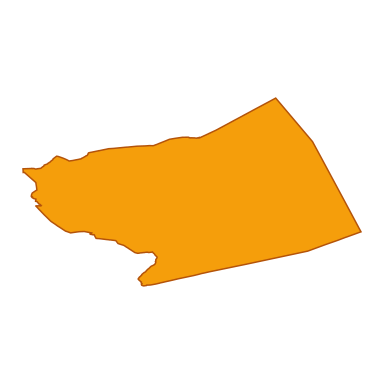 the district of Øyer nor, Oppland, Norway
{"feature_id": "86288312B79344664474428", "entity_name": "Øyer nor", "entity_type": "district", "adm_level": 2, "iso_a3": "NOR", "parent_name": "Norway", "parent_adm1": "Oppland", "projection": "natural_earth1", "projection_center": [10.395, 61.327], "detail": "fine", "context": "isolated", "style": "filled", "palette": "amber", "viewbox_px": 384, "rotation_deg": 0, "n_neighbors": 0, "source": "geoboundaries", "source_scale": "gbopen_adm2", "svg_char_len": 5190}
<svg xmlns="http://www.w3.org/2000/svg" viewBox="0 0 384 384"><path d="M118.0,243.5L119.7,244.1L123.6,245.3L124.5,245.8L125.4,246.4L126.1,246.9L128.1,248.1L128.9,248.7L130.8,249.9L132.3,250.9L132.5,251.0L133.2,251.5L134.9,252.6L137.6,253.3L138.9,253.2L140.3,252.9L141.7,252.8L142.1,252.7L142.7,252.7L143.1,252.6L143.4,252.6L143.8,252.5L144.0,252.6L145.7,252.3L146.4,252.2L146.6,252.3L146.9,252.3L147.4,252.3L147.5,252.3L147.6,252.2L147.8,252.2L148.1,252.3L148.5,252.5L148.9,252.5L149.2,252.5L150.2,252.3L151.1,252.3L151.3,252.2L151.5,252.2L152.5,252.0L153.2,252.9L154.4,253.9L154.7,254.4L155.1,255.1L155.9,255.9L156.3,256.2L156.7,256.7L157.1,257.1L157.1,257.5L156.8,258.2L156.4,258.7L155.8,259.7L155.8,260.9L155.4,261.5L155.5,261.8L155.8,262.1L155.7,262.5L155.5,263.1L155.4,263.3L155.2,263.5L155.0,263.9L155.0,264.1L154.8,264.3L154.5,264.6L153.9,264.9L153.5,265.1L153.1,265.4L151.9,265.9L151.1,266.3L150.7,266.7L150.2,267.1L150.0,267.3L149.9,267.5L149.3,268.0L149.1,268.2L149.0,268.4L148.8,268.6L148.2,268.9L147.8,269.3L147.4,269.6L147.2,269.8L146.9,270.2L146.7,270.4L146.3,270.8L146.0,271.1L145.9,271.4L145.8,271.6L145.5,271.8L145.3,272.0L145.0,272.1L144.4,272.4L144.3,272.5L144.0,272.6L143.8,272.9L143.3,273.2L143.0,273.5L142.0,274.3L141.8,274.6L141.6,274.8L141.6,275.0L141.6,275.3L141.2,275.6L140.6,276.0L140.4,276.4L140.1,276.6L139.5,277.0L139.4,277.1L139.4,277.3L139.4,277.5L139.1,277.8L138.8,277.9L138.7,278.0L138.4,278.5L138.2,278.8L138.2,279.2L138.3,279.3L138.8,279.7L138.9,280.0L139.2,280.3L139.4,280.4L139.6,280.6L140.3,281.2L140.6,281.6L140.9,281.7L141.2,281.9L141.3,282.0L141.2,282.2L141.3,282.4L141.2,282.7L141.3,282.9L141.4,283.2L141.7,283.4L142.0,283.6L141.9,283.8L141.6,284.0L141.4,284.1L141.4,284.4L141.7,285.2L142.6,285.6L143.2,285.8L143.7,285.8L143.8,285.9L146.5,285.5L146.8,285.1L148.2,285.1L150.3,285.0L151.0,284.9L155.9,284.0L159.4,283.2L160.3,282.9L160.8,282.8L162.7,282.4L165.6,281.7L170.2,280.7L178.2,278.8L193.9,275.5L198.4,274.4L201.7,273.5L204.2,273.0L209.4,271.8L246.3,264.2L307.8,251.1L324.9,244.8L337.8,240.3L345.4,237.4L347.5,236.7L361.0,231.8L358.7,227.6L357.7,225.7L344.6,201.2L327.6,169.6L321.0,157.3L312.5,141.6L293.9,119.6L275.7,98.1L255.9,108.7L215.8,130.3L212.1,132.0L199.7,137.8L199.5,137.7L199.4,137.6L199.2,137.4L199.1,137.5L198.9,137.8L198.8,138.0L198.7,138.0L198.7,137.9L198.3,137.8L198.1,137.8L197.8,137.9L197.6,138.0L197.4,137.9L197.1,138.0L196.8,138.1L196.7,138.2L196.3,138.1L196.2,138.1L195.9,138.1L195.7,138.1L195.4,138.0L195.2,138.0L194.8,138.0L194.6,137.9L194.4,137.9L193.9,137.9L193.3,137.9L192.9,137.9L192.6,137.9L192.2,137.8L191.9,137.8L191.6,137.8L191.4,137.9L191.1,137.8L190.9,137.8L190.6,137.9L190.0,137.9L189.9,137.9L189.8,137.7L189.7,137.6L189.2,137.6L188.9,137.6L188.7,137.4L188.4,137.2L182.3,137.3L174.7,138.4L169.4,139.3L165.3,141.0L156.0,144.7L155.1,145.0L153.7,145.6L152.5,145.7L149.4,145.6L145.7,145.9L137.0,146.2L133.9,146.5L127.6,147.1L125.8,147.2L113.6,148.4L110.4,148.6L108.6,148.7L105.9,149.3L104.8,149.5L99.6,150.6L99.3,150.7L98.9,150.7L98.7,150.7L98.6,150.8L97.4,151.0L91.6,152.2L91.1,152.3L90.9,152.3L88.7,152.8L88.1,153.4L88.1,153.9L87.8,154.5L87.7,154.6L87.3,155.3L87.2,155.4L86.9,155.6L86.2,155.7L85.9,156.0L85.4,156.3L85.0,156.6L84.4,156.9L82.5,158.0L81.6,158.3L81.3,158.7L80.9,158.8L80.4,159.0L79.9,159.1L79.5,159.1L78.9,159.3L75.7,159.9L72.8,160.5L69.1,161.0L67.5,160.1L65.8,159.3L63.2,158.2L60.4,157.2L58.0,156.4L56.6,156.2L53.7,158.4L53.4,158.6L53.3,158.8L53.1,158.9L53.1,159.0L52.9,159.6L52.6,159.8L52.3,160.1L52.1,160.3L51.9,160.4L51.6,160.6L51.4,160.7L51.0,161.1L50.8,161.3L50.6,161.5L50.4,161.8L50.1,162.0L49.5,162.3L49.3,162.4L48.9,162.8L48.2,163.1L47.5,163.9L44.2,165.1L44.0,165.4L44.0,165.6L43.7,166.2L43.5,166.4L42.9,166.6L42.0,167.3L41.5,167.7L41.4,167.8L41.2,168.0L40.8,168.3L37.8,168.7L37.5,168.7L36.8,168.9L35.6,169.1L34.0,168.5L33.7,168.5L32.7,168.5L32.2,168.4L31.8,168.4L31.8,168.5L31.3,168.4L31.2,168.5L23.0,168.8L23.2,172.5L24.3,172.4L35.8,182.5L36.4,186.2L36.6,187.8L36.7,188.8L36.9,190.0L35.7,190.7L32.3,193.0L32.1,193.4L31.6,194.5L31.3,195.9L32.1,196.7L31.6,196.9L32.1,197.5L32.6,197.4L32.9,198.1L33.5,198.5L35.4,199.0L36.1,199.1L36.5,199.2L36.4,199.2L36.3,199.3L35.9,199.5L35.7,199.8L35.6,200.3L35.8,200.5L35.6,201.3L36.2,201.5L37.3,201.8L38.0,202.9L38.1,203.0L38.3,203.1L38.8,203.9L39.0,203.9L39.3,204.1L39.5,204.2L39.8,204.3L40.2,204.5L40.3,204.7L40.2,205.0L40.3,205.1L40.7,205.3L41.1,205.4L41.0,205.5L40.9,205.9L38.1,205.8L36.7,205.9L36.3,205.9L35.6,205.7L35.4,205.5L36.3,206.5L37.3,207.5L38.2,208.5L38.8,209.2L39.6,210.0L40.9,211.3L41.5,212.0L44.3,214.9L48.2,218.7L49.4,219.9L51.1,221.5L53.2,222.9L55.3,224.3L55.7,224.6L57.6,226.0L59.9,227.4L60.3,227.7L63.8,230.0L65.5,231.1L67.9,231.9L68.5,232.1L70.6,232.9L76.8,232.0L79.2,231.7L84.2,231.5L84.9,231.6L90.3,232.7L91.7,232.9L91.5,233.3L90.9,233.3L91.3,233.8L90.4,233.8L90.1,234.0L90.3,234.2L90.7,234.3L91.1,234.5L91.4,234.4L91.8,234.4L92.2,234.6L92.8,234.8L93.3,234.7L93.7,234.8L94.1,234.7L94.3,234.9L94.5,235.5L95.4,237.2L96.1,238.4L98.3,238.6L99.0,238.6L104.6,239.3L105.3,239.4L107.0,239.6L108.4,239.7L108.9,239.8L109.4,239.9L110.2,239.9L111.0,240.0L115.8,240.6L118.0,243.5Z" fill="#f59e0b" stroke="#b45309" stroke-width="1.5"/></svg>